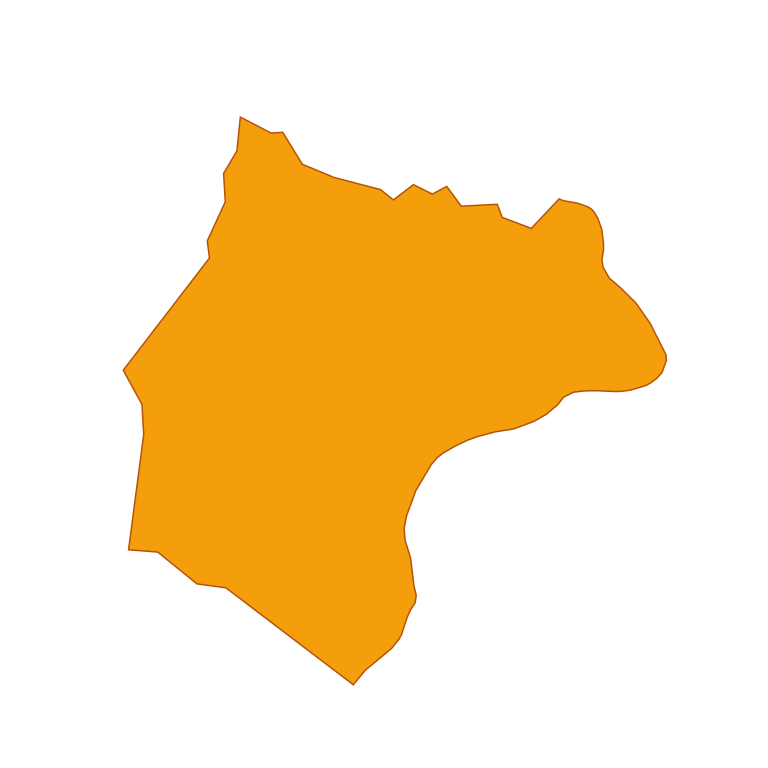 Greenup, Kentucky, United States of America (orthographic projection), rotated 79°
{"feature_id": "52423323B79088565472709", "entity_name": "Greenup", "entity_type": "district", "adm_level": 2, "iso_a3": "USA", "parent_name": "United States of America", "parent_adm1": "Kentucky", "projection": "orthographic", "projection_center": [-82.912, 38.565], "detail": "fine", "context": "isolated", "style": "filled", "palette": "amber", "viewbox_px": 768, "rotation_deg": 79, "n_neighbors": 0, "source": "geoboundaries", "source_scale": "gbopen_adm2", "svg_char_len": 1225}
<svg xmlns="http://www.w3.org/2000/svg" viewBox="0 0 768 768"><g transform="rotate(79 384 384)"><path d="M673.4,471.5L673.3,471.4L661.5,457.1L645.0,427.0L637.3,417.9L633.3,414.6L617.0,405.5L610.6,400.9L604.6,395.1L597.6,392.7L587.6,393.1L559.8,391.1L541.6,393.1L529.7,391.8L517.7,387.0L499.4,375.9L494.6,373.0L472.2,353.1L466.7,346.2L463.3,339.8L458.6,326.3L455.1,312.9L453.4,302.0L452.2,284.2L452.8,264.7L449.2,243.6L444.7,230.5L437.4,217.3L431.3,210.5L428.2,199.6L429.0,189.0L430.9,177.8L435.6,158.0L436.5,152.5L437.1,143.5L435.4,127.0L433.9,122.3L431.9,118.1L430.6,115.3L426.0,109.1L414.8,102.3L409.1,101.6L375.1,111.2L352.7,121.2L334.6,133.5L323.3,142.6L310.9,146.7L303.2,146.3L294.1,142.9L288.0,141.7L273.6,140.7L262.2,142.5L255.1,145.0L251.9,147.1L251.6,147.3L249.2,149.9L245.8,155.3L242.9,160.8L238.4,172.7L235.7,176.8L259.4,209.7L243.0,236.2L229.2,238.5L224.2,274.2L202.0,284.7L206.8,300.3L193.9,317.1L205.1,339.7L192.5,350.3L171.8,393.5L152.8,422.2L117.6,435.4L116.1,447.0L94.6,474.1L127.1,483.9L146.8,501.3L174.8,505.0L209.9,530.2L227.0,531.3L320.7,637.3L357.8,625.5L387.7,629.5L498.0,666.4L505.8,638.2L544.5,605.8L553.9,578.1L645.7,496.2L673.4,471.5Z" fill="#f59e0b" stroke="#b45309" stroke-width="1.5"/></g></svg>